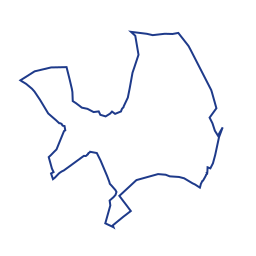 Santo Domingo Yanhuitlán, Oaxaca, Mexico (orthographic projection), rotated 75°
{"feature_id": "50627088B16686232310096", "entity_name": "Santo Domingo Yanhuitlán", "entity_type": "district", "adm_level": 2, "iso_a3": "MEX", "parent_name": "Mexico", "parent_adm1": "Oaxaca", "projection": "orthographic", "projection_center": [-97.341, 17.526], "detail": "fine", "context": "isolated", "style": "outline", "palette": "blue", "viewbox_px": 256, "rotation_deg": 75, "n_neighbors": 0, "source": "geoboundaries", "source_scale": "gbopen_adm2", "svg_char_len": 1898}
<svg xmlns="http://www.w3.org/2000/svg" viewBox="0 0 256 256"><g transform="rotate(75 128 128)"><path d="M53.3,171.6L49.6,186.6L49.1,203.5L54.1,219.6L55.5,218.4L57.0,216.9L59.0,215.0L65.2,210.6L68.6,208.9L78.0,205.7L93.3,201.3L98.2,198.0L101.7,195.6L105.6,193.2L105.8,192.4L106.8,191.1L108.5,190.7L108.9,190.4L109.7,188.8L114.0,189.2L114.4,190.6L120.3,195.1L130.2,202.6L131.9,205.6L134.3,209.6L135.6,212.1L147.5,212.0L151.3,211.3L151.6,212.4L152.0,214.1L158.0,213.7L157.0,211.4L154.0,206.5L153.4,205.0L152.8,203.2L152.4,201.0L148.8,191.6L144.1,179.5L143.5,177.8L144.1,176.2L144.0,175.5L143.7,174.9L143.5,174.7L143.3,174.5L143.2,173.9L143.0,173.5L142.6,173.4L141.9,172.5L141.9,172.0L141.8,171.6L141.6,171.4L141.5,170.9L141.2,170.7L144.1,164.6L152.4,162.9L169.0,160.6L175.0,160.0L177.2,160.0L179.4,158.8L184.7,156.2L186.8,155.7L189.4,157.4L191.0,159.8L193.3,164.5L198.2,165.1L214.2,174.6L219.9,167.9L220.1,167.7L218.1,167.9L212.6,155.7L208.9,146.8L203.1,149.1L197.3,151.5L191.3,153.9L191.1,153.5L186.7,145.1L181.1,134.5L180.5,133.3L180.3,110.9L182.9,103.7L185.5,100.2L188.5,91.4L191.1,86.8L198.2,79.9L199.7,78.1L200.1,77.7L204.2,74.0L203.6,73.6L200.9,72.1L198.4,69.9L198.4,69.7L198.3,69.2L196.0,66.9L194.1,65.1L193.4,64.7L192.7,63.4L192.1,63.2L191.6,63.5L191.2,62.8L186.6,61.3L188.3,58.9L184.1,55.1L176.7,50.8L160.3,42.4L151.9,36.4L158.7,43.1L153.1,44.8L145.3,45.2L139.1,46.5L131.8,37.5L115.2,37.7L112.9,37.8L68.8,47.3L64.5,48.3L49.2,54.8L48.7,60.7L46.5,68.1L44.7,80.1L41.9,85.4L35.9,100.2L40.8,97.1L60.0,98.9L71.7,106.6L75.7,109.3L89.9,116.0L98.6,120.3L105.9,126.5L106.8,127.0L107.6,128.4L108.2,129.1L110.2,130.5L111.0,136.8L108.0,139.2L109.5,141.6L111.0,146.6L108.1,151.3L104.4,152.0L103.7,157.1L99.0,162.2L96.4,167.3L94.6,168.7L94.4,168.8L92.4,170.4L91.1,171.4L90.8,171.6L90.7,171.7L87.7,174.4L78.9,172.4L75.6,172.1L65.9,171.8L53.3,171.6Z" fill="none" stroke="#1e3a8a" stroke-width="2"/></g></svg>